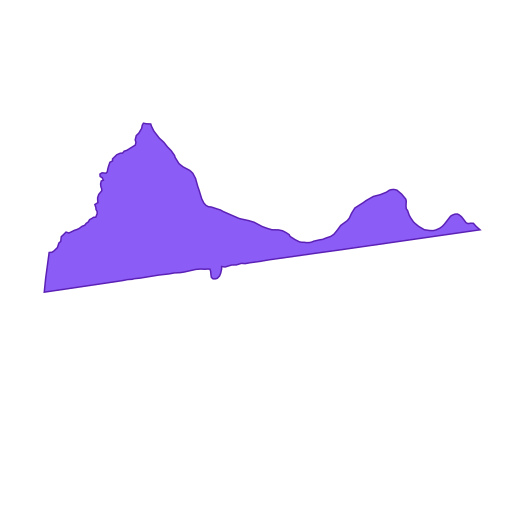 São Pedro da Água Branca, Maranhão, Brazil (Albers equal-area conic projection), rotated 210°
{"feature_id": "56859067B57838857219680", "entity_name": "São Pedro da Água Branca", "entity_type": "district", "adm_level": 2, "iso_a3": "BRA", "parent_name": "Brazil", "parent_adm1": "Maranhão", "projection": "albers", "projection_center": [-48.406, -5.139], "detail": "fine", "context": "isolated", "style": "filled", "palette": "violet", "viewbox_px": 512, "rotation_deg": 210, "n_neighbors": 0, "source": "geoboundaries", "source_scale": "gbopen_adm2", "svg_char_len": 2599}
<svg xmlns="http://www.w3.org/2000/svg" viewBox="0 0 512 512"><g transform="rotate(210 256 256)"><path d="M268.5,238.5L265.0,242.3L261.5,244.0L257.9,247.1L250.1,253.1L242.8,259.2L206.5,287.6L184.6,304.6L182.6,306.2L172.3,314.3L75.1,390.7L80.1,391.7L84.1,393.0L86.4,391.8L88.7,390.0L90.8,389.9L95.2,391.8L97.8,392.8L100.6,393.2L102.5,393.1L104.6,391.8L106.4,389.6L107.4,387.8L108.8,377.5L109.5,374.7L110.7,372.0L113.3,368.4L115.2,366.6L118.1,365.0L123.4,362.9L130.0,363.0L134.4,363.7L136.8,364.3L141.2,366.4L143.7,367.9L147.5,371.2L149.4,372.0L151.1,374.3L153.4,378.8L154.8,380.2L160.8,382.4L166.9,383.5L170.1,382.5L172.0,381.1L173.4,379.7L175.0,376.4L179.1,371.2L184.1,366.3L188.3,359.2L189.7,356.0L194.4,347.0L194.6,340.9L194.1,335.3L194.7,332.1L197.9,324.9L198.5,319.4L198.8,317.4L199.4,313.8L201.0,310.4L202.5,308.7L204.2,306.8L206.6,303.7L209.0,301.8L211.5,299.5L213.3,297.8L215.0,295.6L216.7,294.2L218.8,292.9L221.3,291.9L223.1,290.8L225.4,290.0L230.3,289.7L236.3,290.0L238.0,291.1L242.0,291.3L245.7,291.1L249.5,289.9L255.3,286.7L259.4,285.7L265.4,284.6L274.5,284.3L280.0,283.0L289.1,280.1L306.8,278.1L309.6,278.1L312.9,277.4L319.1,276.1L321.9,274.9L324.6,274.8L327.9,275.9L329.5,277.0L331.5,278.3L338.4,284.7L341.3,287.2L347.1,292.9L352.0,296.0L354.6,296.7L356.4,297.0L364.0,296.7L368.9,297.5L375.3,300.9L376.9,302.4L382.1,304.8L387.2,306.2L392.7,308.4L398.6,309.7L406.9,313.1L411.1,315.9L413.2,317.7L417.1,315.7L419.9,314.7L419.9,312.4L418.8,309.2L418.9,307.1L418.9,304.0L419.9,300.4L418.7,296.2L416.8,294.4L416.0,291.7L420.8,282.8L422.6,280.9L423.0,278.4L424.9,277.2L427.2,274.1L428.8,268.4L427.8,266.6L429.4,264.1L428.5,259.6L427.7,256.7L426.9,254.7L427.3,252.7L430.9,251.1L432.1,248.9L430.7,246.9L428.3,246.9L426.1,245.3L427.5,243.6L426.6,240.6L424.9,238.4L423.2,237.0L422.2,235.4L423.0,230.7L422.3,227.3L421.2,225.4L419.6,223.2L421.3,220.0L419.0,218.0L417.7,216.2L415.8,215.1L414.7,213.2L414.2,209.5L416.0,208.3L417.0,206.3L418.3,204.3L418.3,201.6L419.4,199.3L419.7,196.9L421.4,194.9L422.9,191.5L424.4,189.3L426.0,187.6L427.6,185.2L429.5,182.4L432.5,181.7L433.4,178.2L434.3,175.4L432.4,171.0L433.2,168.7L432.2,164.0L433.6,159.1L434.6,157.2L436.9,155.6L427.1,131.7L421.3,118.8L359.0,168.2L355.4,171.4L351.9,173.7L349.9,175.6L345.3,178.9L330.9,190.7L322.1,197.2L318.4,200.4L313.3,203.7L310.2,206.2L303.9,212.0L301.3,214.4L297.3,217.1L293.6,219.0L291.6,220.4L289.3,221.6L287.6,220.0L285.6,217.2L284.0,215.2L281.9,214.7L279.6,216.0L278.3,217.4L277.6,220.4L278.0,223.5L279.3,227.6L280.5,229.7L277.3,231.0L272.6,236.0L268.5,238.5Z" fill="#8b5cf6" stroke="#5b21b6" stroke-width="1.5"/></g></svg>